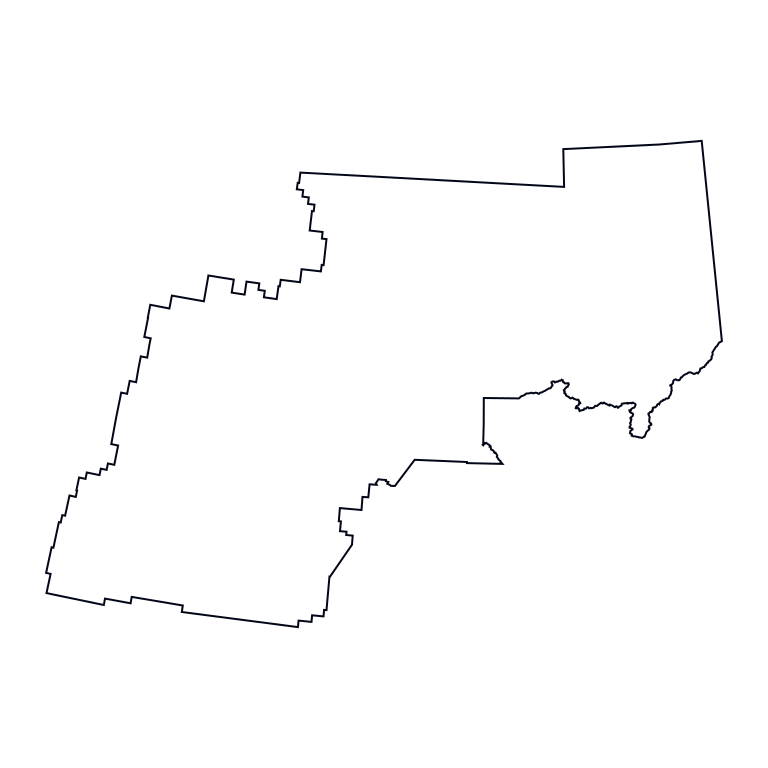 Yukon-Koyukuk, Alaska, United States of America
{"feature_id": "52423323B20923510604078", "entity_name": "Yukon-Koyukuk", "entity_type": "district", "adm_level": 2, "iso_a3": "USA", "parent_name": "United States of America", "parent_adm1": "Alaska", "projection": "orthographic", "projection_center": [-147.261, 65.223], "detail": "fine", "context": "isolated", "style": "outline", "palette": "ink", "viewbox_px": 768, "rotation_deg": 0, "n_neighbors": 0, "source": "geoboundaries", "source_scale": "gbopen_adm2", "svg_char_len": 6110}
<svg xmlns="http://www.w3.org/2000/svg" viewBox="0 0 768 768"><path d="M631.6,435.7L633.0,436.2L636.2,436.6L637.5,437.0L638.3,437.0L639.1,437.5L639.9,437.4L641.5,437.8L642.1,437.8L643.8,437.1L643.9,436.7L644.3,436.3L644.7,436.3L645.9,433.5L646.4,432.0L647.8,430.6L649.2,429.5L649.5,428.1L648.8,427.8L648.7,427.2L648.8,426.5L649.4,425.7L650.8,425.1L651.4,424.6L651.3,423.9L650.8,423.3L649.6,422.4L649.2,421.2L649.4,418.8L649.7,417.2L648.4,414.2L648.5,413.5L649.1,413.3L650.1,412.0L651.0,412.2L652.0,411.6L651.7,411.1L652.1,410.7L652.5,410.7L652.8,410.1L652.5,409.3L653.1,408.3L652.9,407.9L653.6,407.4L655.1,407.4L656.6,406.2L657.3,404.6L658.1,404.0L658.6,403.7L659.2,404.2L659.4,403.5L660.4,402.2L660.8,401.5L662.6,400.9L663.0,400.0L663.6,399.7L664.2,399.7L664.1,399.9L665.1,399.5L666.0,398.5L667.5,398.5L668.7,398.1L669.3,396.4L670.7,394.4L670.8,393.7L671.2,392.9L671.0,392.0L671.4,391.2L671.8,390.7L671.5,389.4L671.5,388.3L671.6,387.6L671.4,386.9L671.3,386.2L670.7,385.8L670.3,385.7L670.2,385.3L670.6,385.0L671.5,384.7L672.3,384.0L673.0,383.1L673.1,381.9L673.4,380.7L674.1,379.9L675.6,379.3L676.7,380.0L678.0,380.3L679.2,380.2L680.1,379.3L680.6,378.3L680.9,377.5L682.1,377.1L682.8,376.1L683.8,375.2L685.1,374.4L686.7,373.8L687.9,373.1L688.0,372.8L688.7,372.5L690.1,372.3L691.8,372.9L693.8,374.0L695.2,373.6L696.4,372.8L697.1,372.7L697.9,373.4L698.9,372.1L699.7,371.2L699.9,370.1L700.4,368.5L701.5,368.4L703.0,367.2L704.3,367.0L705.1,365.4L705.9,365.0L706.8,363.2L707.6,363.0L708.2,362.4L708.2,361.6L710.7,359.9L711.7,358.5L711.5,356.9L712.2,355.7L712.7,354.1L712.4,352.3L713.0,351.5L713.9,349.9L714.7,348.9L715.2,347.9L715.9,346.8L717.0,346.2L717.6,344.9L718.1,344.3L718.6,343.4L719.1,342.6L719.7,342.4L720.6,341.8L721.9,341.2L701.7,140.9L659.3,144.5L563.3,149.1L564.1,186.9L300.4,172.6L299.1,183.0L297.7,182.8L296.8,189.3L303.2,190.1L302.4,196.6L308.8,197.4L308.0,203.9L314.5,204.7L313.7,211.2L312.0,211.0L309.7,230.5L322.6,232.0L321.9,238.6L326.5,239.1L323.6,265.1L321.7,264.9L320.9,271.4L301.6,269.2L300.0,282.2L280.7,279.8L279.8,286.3L278.5,286.1L276.7,299.1L263.9,297.3L264.8,290.8L258.4,289.9L259.3,283.4L246.5,281.6L244.6,294.6L231.7,292.6L233.8,279.6L208.4,275.5L203.9,301.3L171.9,295.6L169.4,308.5L150.3,304.8L147.8,317.6L148.1,317.7L144.3,337.0L150.7,338.3L149.4,344.7L147.2,357.6L140.8,356.4L138.3,369.2L136.1,382.2L129.7,380.9L127.1,393.8L121.2,392.6L116.0,418.3L111.3,444.1L118.1,445.5L114.3,464.8L107.9,463.5L106.6,469.9L100.8,468.7L99.5,475.1L86.8,472.5L85.5,478.9L79.1,477.5L76.4,490.3L77.1,490.5L75.8,496.9L69.5,495.5L65.1,515.7L62.3,515.1L60.7,522.5L58.9,522.1L53.4,547.7L51.6,547.3L46.1,572.9L50.6,573.9L46.5,593.1L103.8,605.0L105.0,598.6L130.6,603.3L131.7,596.9L182.8,605.5L181.8,612.0L297.9,627.1L298.6,620.6L311.5,621.9L312.1,615.3L323.5,616.4L324.1,609.9L326.5,610.1L329.4,577.3L329.5,577.4L352.0,544.7L352.7,535.6L346.2,535.0L346.5,531.7L340.0,531.2L340.9,521.4L338.8,521.2L339.9,508.1L361.5,510.0L362.5,496.9L368.3,497.3L369.6,484.3L376.7,484.8L375.9,483.1L377.1,481.5L378.3,479.4L378.9,479.2L380.5,479.6L385.9,480.0L385.8,481.1L386.6,481.5L388.3,482.0L387.3,483.8L389.9,484.9L390.7,485.8L394.9,486.0L414.7,459.8L467.0,462.0L466.9,463.1L502.5,463.9L501.8,463.0L500.5,462.5L500.7,461.3L498.4,459.5L498.4,458.8L496.8,456.9L497.3,455.9L496.6,454.3L495.4,452.6L494.5,452.9L493.6,451.0L492.8,450.2L491.1,449.5L490.6,447.2L489.8,446.8L490.5,446.2L489.4,445.0L487.0,443.6L486.4,442.9L485.5,443.4L485.0,443.0L483.2,445.3L482.7,444.8L483.2,444.3L483.7,424.2L483.8,398.0L518.8,398.4L519.2,398.2L520.2,397.3L520.6,396.7L521.7,396.1L522.2,396.0L523.0,395.6L523.9,395.4L524.8,394.6L525.5,394.4L525.8,393.8L526.6,393.5L529.5,393.3L530.7,393.0L531.3,392.7L533.3,393.4L533.8,393.0L534.8,392.9L535.3,392.7L537.2,393.0L538.4,393.8L539.1,393.8L539.6,393.1L540.2,392.7L541.4,392.5L541.9,392.3L543.1,391.7L543.9,391.2L545.4,390.6L546.6,389.7L548.1,389.0L548.5,388.5L550.2,388.3L551.0,387.7L551.4,387.0L551.6,386.3L552.1,386.0L552.6,385.2L552.0,383.9L551.5,382.9L551.4,382.2L552.4,381.6L553.4,381.3L554.5,381.8L554.8,382.4L555.9,382.1L556.5,381.6L557.2,381.5L557.9,381.7L559.3,380.7L560.3,380.8L561.2,380.2L561.7,379.7L562.6,380.0L563.0,381.9L564.0,382.3L564.4,383.1L565.1,383.5L565.7,383.3L566.6,383.4L568.3,383.1L568.6,383.5L568.8,384.5L568.3,385.2L567.6,386.8L567.1,386.7L566.5,387.0L564.6,389.4L563.9,390.0L563.9,390.8L564.5,391.0L564.7,391.4L564.8,392.5L564.3,393.0L565.9,394.2L565.7,394.8L566.3,395.7L566.9,395.9L567.5,396.4L568.7,396.8L569.1,397.4L569.6,397.9L570.5,398.4L571.5,398.2L572.4,397.6L573.1,398.0L573.8,398.8L574.9,399.2L575.6,399.3L576.5,399.8L577.4,399.8L577.9,399.6L578.4,399.7L579.0,401.1L578.9,401.7L580.0,402.4L580.3,403.1L579.8,403.5L578.9,403.9L578.9,404.5L578.4,405.2L577.7,405.7L576.7,406.0L576.3,406.6L575.9,407.3L575.7,408.2L576.1,408.4L577.8,407.9L578.5,408.2L578.9,408.7L578.8,409.3L579.2,409.5L579.6,411.0L582.2,410.1L583.6,410.0L584.3,408.5L585.2,408.7L586.0,408.6L586.5,408.1L586.8,407.4L587.5,407.2L588.3,407.4L589.1,408.3L589.6,408.3L590.8,407.9L591.7,408.2L593.8,407.6L594.3,406.9L595.2,405.9L597.2,405.9L598.5,404.6L600.0,403.6L600.4,403.1L601.2,402.7L602.2,403.4L603.0,403.4L603.3,402.8L604.2,402.6L605.6,403.8L606.2,403.8L608.0,404.9L609.4,405.5L609.7,404.7L610.5,404.8L611.0,405.2L612.2,405.5L614.9,407.2L615.3,407.1L615.6,406.7L616.3,406.3L617.0,406.5L617.7,407.7L618.4,407.6L618.9,406.8L621.6,405.4L621.7,404.6L621.7,404.0L621.9,403.7L623.5,403.5L624.3,403.2L624.8,403.4L626.3,403.1L627.4,403.6L627.8,403.6L628.0,402.9L629.5,403.2L630.6,402.9L631.5,403.3L632.1,403.2L632.3,402.7L633.0,402.6L633.3,402.9L635.1,403.8L635.5,404.4L635.5,405.3L635.1,406.2L634.9,406.7L633.8,407.9L633.0,407.9L631.2,409.1L630.9,410.3L630.0,410.2L629.4,410.3L629.6,411.3L630.0,412.1L630.6,412.3L631.1,412.9L632.6,413.4L633.1,414.3L632.7,415.7L632.2,416.5L631.5,416.9L631.2,417.3L630.4,418.0L630.4,418.5L630.9,418.8L631.4,419.4L630.9,420.7L630.7,422.4L630.1,422.9L630.2,423.6L630.7,424.4L630.5,425.7L630.1,426.1L629.5,426.9L629.6,427.7L632.4,428.7L632.6,429.3L630.3,431.1L630.0,433.3L631.5,433.9L631.9,434.4L631.6,435.0L631.6,435.7Z" fill="none" stroke="#020617" stroke-width="2"/></svg>